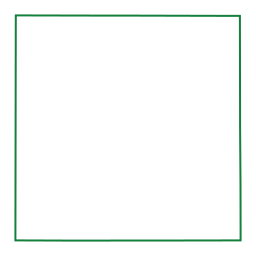 Boone, Iowa, United States of America (orthographic projection)
{"feature_id": "52423323B40017288212337", "entity_name": "Boone", "entity_type": "district", "adm_level": 2, "iso_a3": "USA", "parent_name": "United States of America", "parent_adm1": "Iowa", "projection": "orthographic", "projection_center": [-93.897, 42.037], "detail": "fine", "context": "isolated", "style": "outline", "palette": "green", "viewbox_px": 256, "rotation_deg": 0, "n_neighbors": 0, "source": "geoboundaries", "source_scale": "gbopen_adm2", "svg_char_len": 263}
<svg xmlns="http://www.w3.org/2000/svg" viewBox="0 0 256 256"><path d="M15.4,240.4L71.5,240.6L183.8,240.5L240.6,240.4L240.6,227.4L240.5,183.9L240.1,129.3L239.9,15.9L127.9,15.6L104.7,15.6L15.8,15.4L15.4,240.4Z" fill="none" stroke="#15803d" stroke-width="2"/></svg>